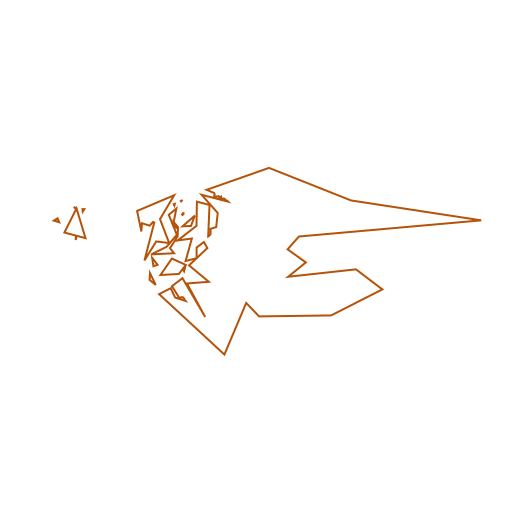 the district of David, Chiriquí, Panama, rotated 108°
{"feature_id": "35544464B4717226524239", "entity_name": "David", "entity_type": "district", "adm_level": 2, "iso_a3": "PAN", "parent_name": "Panama", "parent_adm1": "Chiriquí", "projection": "mercator", "projection_center": [-82.37, 8.424], "detail": "medium", "context": "isolated", "style": "outline", "palette": "amber", "viewbox_px": 512, "rotation_deg": 108, "n_neighbors": 0, "source": "geoboundaries", "source_scale": "gbopen_adm2", "svg_char_len": 1982}
<svg xmlns="http://www.w3.org/2000/svg" viewBox="0 0 512 512"><g transform="rotate(108 256 256)"><path d="M168.2,270.9L208.3,323.4L209.1,315.2L210.2,314.3L213.1,314.3L210.6,310.1L211.2,309.3L212.5,308.9L213.0,307.9L210.8,307.9L210.3,307.5L213.0,305.9L211.5,304.8L211.3,303.9L211.5,303.1L212.4,302.1L212.2,300.7L212.9,299.3L214.6,326.6L226.9,305.7L240.8,302.8L244.2,307.6L249.2,306.0L251.7,307.0L252.2,307.5L221.8,316.0L222.6,329.0L245.7,321.9L265.4,335.3L259.2,322.4L282.5,321.4L276.5,311.8L266.3,315.1L258.8,309.9L263.5,304.7L285.6,316.8L295.1,292.9L303.5,313.2L329.7,285.5L299.8,319.1L310.7,326.6L319.4,316.2L317.8,313.1L318.6,311.2L320.4,310.5L320.1,309.7L320.5,309.1L320.5,320.1L313.0,327.2L322.2,336.4L359.5,255.6L303.7,250.8L312.5,234.4L289.3,166.2L248.7,125.5L237.8,156.8L265.8,219.0L246.7,206.6L239.9,228.0L224.2,221.2L152.5,52.8L173.8,182.8L168.2,270.9ZM249.9,383.0L268.1,372.6L260.1,374.6L260.0,366.5L255.4,364.4L255.6,363.1L294.7,360.7L273.0,355.4L270.5,342.6L250.6,358.7L223.5,352.6L249.9,383.0ZM286.8,356.1L278.7,334.8L275.1,340.2L261.5,336.6L254.1,338.7L253.4,341.8L250.0,344.7L235.5,346.4L243.8,351.7L260.3,337.8L274.9,343.9L286.8,356.1ZM266.2,441.4L292.9,445.5L291.7,423.7L266.2,441.4ZM303.6,341.0L296.9,323.8L286.2,320.0L284.4,335.2L303.6,341.0ZM236.5,326.7L250.5,335.0L247.5,327.1L236.5,326.7ZM305.1,351.5L311.6,349.8L314.5,342.4L305.1,351.5ZM289.8,354.2L297.4,350.4L294.8,346.9L289.8,354.2ZM249.4,344.4L251.3,343.3L251.4,341.7L252.7,338.8L249.4,344.4ZM281.5,456.4L284.8,459.2L284.7,453.6L281.5,456.4ZM291.0,321.5L292.7,319.7L289.4,319.9L291.0,321.5ZM236.9,338.1L239.3,339.2L239.7,338.6L238.7,338.0L236.9,338.1ZM265.0,435.5L267.3,434.5L264.5,433.7L265.0,435.5ZM251.6,341.7L253.4,341.3L252.9,339.7L251.6,341.7ZM293.0,433.4L296.5,432.4L292.8,432.8L293.0,433.4ZM232.2,350.3L233.3,349.2L231.5,349.3L232.2,350.3ZM225.5,343.2L226.9,344.5L227.2,344.1L225.5,343.2ZM265.0,443.4L266.1,443.7L266.2,443.4L265.0,443.4Z" fill="none" stroke="#b45309" stroke-width="2"/></g></svg>